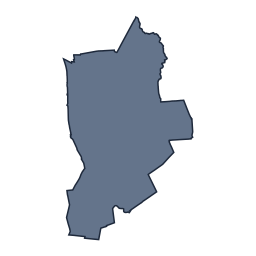 the district of Woerden, Utrecht, Netherlands, rotated 88°
{"feature_id": "6326949B31284337672532", "entity_name": "Woerden", "entity_type": "district", "adm_level": 2, "iso_a3": "NLD", "parent_name": "Netherlands", "parent_adm1": "Utrecht", "projection": "natural_earth1", "projection_center": [4.901, 52.114], "detail": "fine", "context": "isolated", "style": "filled", "palette": "slate", "viewbox_px": 256, "rotation_deg": 88, "n_neighbors": 0, "source": "geoboundaries", "source_scale": "gbopen_adm2", "svg_char_len": 5229}
<svg xmlns="http://www.w3.org/2000/svg" viewBox="0 0 256 256"><g transform="rotate(88 128 128)"><path d="M232.8,190.9L233.4,185.8L234.7,177.0L235.0,174.8L236.6,175.2L237.6,168.0L238.5,161.2L227.3,158.7L227.2,158.5L227.0,158.4L226.9,158.2L226.9,157.6L226.6,156.8L226.6,156.6L226.1,155.0L226.0,154.3L225.5,152.8L224.8,152.9L224.3,151.4L224.3,151.2L222.2,144.9L208.0,146.2L206.3,144.8L205.5,144.1L205.3,143.7L205.2,143.4L205.2,143.1L205.2,142.7L205.2,142.4L205.3,142.1L205.5,141.9L206.3,141.0L207.6,139.9L207.8,139.7L208.1,138.8L208.3,137.6L208.3,136.2L208.4,135.7L208.5,135.5L208.7,135.2L208.9,135.2L209.5,135.2L210.7,135.2L211.2,135.2L211.5,135.0L211.7,134.9L211.9,134.6L212.1,134.3L212.3,133.8L212.3,132.9L212.3,132.0L212.0,131.0L212.0,130.6L212.1,130.4L212.7,129.8L212.7,129.7L210.9,128.4L210.9,128.5L210.7,128.9L210.5,128.6L209.9,127.9L205.7,121.4L202.8,116.8L202.2,116.1L201.8,115.6L201.5,115.3L201.2,115.1L201.2,114.9L201.2,114.7L192.8,101.6L191.4,102.2L177.1,108.6L175.7,109.2L175.1,109.4L175.0,109.2L174.3,108.2L170.7,102.5L168.7,99.5L165.5,94.6L159.2,88.5L158.6,87.9L155.9,85.1L154.0,83.1L148.8,85.1L146.3,86.2L145.9,86.4L145.6,86.4L145.2,86.6L143.9,87.1L143.3,87.3L143.1,87.1L142.2,87.4L141.7,87.1L141.7,86.6L141.7,85.4L141.6,84.6L141.5,80.4L141.4,77.0L141.2,68.0L141.1,66.9L141.1,66.0L141.1,65.7L141.0,65.3L140.5,65.4L139.5,63.7L138.3,64.2L137.6,64.3L136.9,64.2L134.7,63.6L134.1,63.5L133.3,63.5L123.0,63.8L121.4,63.8L121.5,64.1L120.7,64.3L120.8,64.4L120.4,64.5L119.5,65.0L116.6,66.3L112.4,67.8L102.2,71.4L102.3,72.9L102.3,73.7L102.3,74.9L102.4,75.3L102.5,77.6L102.6,78.8L102.6,82.8L102.7,84.1L102.8,85.0L103.0,89.8L103.1,94.3L101.6,94.4L100.9,94.3L99.8,94.3L98.8,95.2L98.6,95.1L96.5,95.5L95.3,95.9L94.2,96.1L93.1,96.2L88.7,96.4L87.3,96.4L86.6,96.5L83.1,96.5L82.7,96.4L82.4,96.2L81.6,96.0L81.1,95.5L80.9,95.5L80.5,95.1L80.4,95.1L80.2,94.9L80.1,94.1L79.9,93.6L79.5,93.4L79.2,93.2L78.6,93.2L77.2,93.3L77.0,93.5L76.4,93.6L76.3,93.8L75.6,94.1L75.1,94.2L74.8,94.1L74.4,93.8L74.2,93.6L73.8,93.4L73.1,93.4L72.0,93.6L70.9,93.6L70.3,93.5L69.9,93.4L69.6,93.0L69.4,92.8L69.2,91.8L69.1,91.6L68.7,91.3L68.3,90.9L67.6,90.7L67.4,90.7L67.0,90.8L66.1,91.2L65.4,91.7L65.2,92.0L64.8,91.9L64.7,91.9L64.4,91.6L64.4,91.0L64.2,90.4L63.9,89.0L62.7,89.1L62.6,88.8L61.2,89.0L61.2,88.2L61.0,87.9L60.3,86.8L60.1,86.5L59.9,86.5L59.7,86.6L59.4,86.8L59.0,86.9L59.0,87.0L58.9,87.1L57.8,87.9L57.1,88.4L56.8,88.5L56.4,88.5L56.1,88.5L55.2,88.9L54.4,89.5L53.3,89.9L52.8,89.9L52.0,89.9L51.6,89.9L50.4,89.9L50.1,89.8L49.1,90.1L48.4,90.2L48.2,90.2L47.5,89.8L47.2,89.8L46.7,90.1L46.5,90.4L46.0,90.8L45.3,91.2L44.5,91.7L44.4,91.8L44.0,92.3L43.8,92.8L43.6,93.2L43.4,93.5L43.1,93.6L42.6,93.6L42.4,93.5L41.8,93.3L41.2,92.8L40.4,92.6L39.7,92.5L39.4,92.5L38.3,93.7L38.0,94.0L37.7,94.1L36.9,94.4L36.8,94.5L36.6,94.8L36.4,94.7L36.1,94.9L36.0,95.2L35.9,95.2L35.7,95.5L35.2,95.9L34.9,96.4L34.8,96.6L35.0,97.3L35.1,97.6L35.2,98.1L35.1,98.3L34.9,98.5L34.1,98.9L33.9,99.0L33.7,99.1L33.6,99.4L33.6,99.7L34.1,100.4L34.1,100.8L34.2,101.5L34.4,102.0L34.4,102.4L34.7,102.9L34.8,103.1L35.0,103.6L34.9,103.8L34.7,103.9L34.5,104.0L34.4,104.2L34.5,104.9L34.4,105.1L34.1,105.6L34.1,105.8L34.0,106.0L33.9,106.3L33.9,106.6L34.2,107.2L34.2,107.4L34.2,107.5L33.9,107.9L33.7,107.9L33.6,108.0L33.4,108.2L33.1,108.3L32.7,109.0L32.5,109.5L31.8,110.0L31.3,110.2L30.2,110.4L30.2,110.5L30.3,110.5L30.1,110.6L29.8,110.6L29.4,110.8L29.2,111.1L29.1,111.5L29.0,112.0L28.7,112.4L28.5,112.6L28.3,112.6L27.9,112.9L27.0,112.9L26.4,112.8L26.2,112.7L25.9,112.7L25.0,112.5L25.0,112.4L24.1,112.3L23.7,112.6L23.4,112.6L23.2,112.7L23.2,112.8L22.7,113.2L22.4,113.1L21.7,113.5L21.1,113.6L19.9,113.8L19.4,113.9L19.0,114.1L18.7,114.3L17.9,115.1L17.7,115.5L17.7,115.9L17.6,116.2L17.5,116.3L17.9,116.4L18.6,116.7L21.0,118.1L20.9,118.2L21.2,118.4L33.3,125.5L44.4,132.0L47.6,133.8L48.6,134.4L51.8,136.3L52.0,136.4L52.1,136.5L52.1,136.8L51.7,137.7L51.1,138.8L49.7,139.0L49.9,148.9L50.0,150.3L50.0,154.0L50.0,154.7L50.2,157.0L50.3,157.7L52.4,172.2L52.4,172.8L52.8,172.9L53.3,173.1L53.0,179.6L53.3,179.7L54.2,179.6L56.0,179.3L57.6,179.2L57.8,180.0L58.7,179.8L60.1,179.4L60.1,179.5L60.0,179.8L59.7,182.0L61.1,182.2L58.1,187.4L57.7,188.1L56.7,190.0L61.2,188.7L64.3,187.9L67.1,187.4L69.6,187.1L73.4,187.1L74.0,187.0L74.3,187.0L76.5,187.0L78.5,187.0L80.5,187.1L80.6,187.3L81.2,187.1L81.3,187.2L82.6,187.4L83.9,187.4L85.2,187.1L90.4,187.1L91.1,187.2L92.2,187.7L92.4,187.7L92.1,187.1L94.0,187.1L98.3,187.3L101.2,187.3L101.8,187.5L103.1,188.2L103.9,187.3L107.1,187.2L116.1,187.3L118.1,187.3L122.3,186.8L123.0,186.6L125.6,186.3L131.2,185.3L131.7,185.4L132.7,185.0L133.0,185.8L133.6,185.5L134.6,185.5L134.8,185.8L136.1,185.2L136.8,184.2L137.2,183.8L137.8,183.4L138.5,183.1L142.1,181.6L146.2,179.9L147.9,179.5L148.0,179.6L155.1,175.7L157.1,175.4L157.4,175.7L161.5,173.5L164.2,173.0L167.0,172.6L167.8,173.4L169.5,174.5L169.6,174.8L169.8,174.9L171.7,176.0L173.0,176.7L174.8,177.4L176.5,178.2L178.3,179.3L181.6,181.5L183.1,182.6L188.0,185.4L188.2,188.5L188.3,189.9L188.4,191.2L191.9,190.9L192.9,190.8L193.5,190.6L194.7,190.4L202.7,189.1L204.7,189.6L215.2,192.5L215.6,192.5L219.0,191.7L221.7,191.1L226.5,189.8L229.0,189.4L229.3,189.4L229.5,189.4L230.9,190.0L232.8,190.9Z" fill="#64748b" stroke="#1e293b" stroke-width="1.5"/></g></svg>